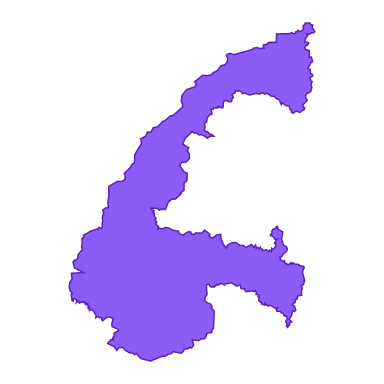 Chone, Manabi, Ecuador
{"feature_id": "8360857B73185000874563", "entity_name": "Chone", "entity_type": "district", "adm_level": 2, "iso_a3": "ECU", "parent_name": "Ecuador", "parent_adm1": "Manabi", "projection": "mercator", "projection_center": [-79.895, -0.383], "detail": "fine", "context": "isolated", "style": "filled", "palette": "violet", "viewbox_px": 384, "rotation_deg": 0, "n_neighbors": 0, "source": "geoboundaries", "source_scale": "gbopen_adm2", "svg_char_len": 5979}
<svg xmlns="http://www.w3.org/2000/svg" viewBox="0 0 384 384"><path d="M193.6,345.4L192.3,339.7L198.5,340.6L201.9,338.6L204.2,338.9L205.8,337.2L207.0,333.3L211.9,332.5L211.3,331.4L213.5,328.2L214.2,311.1L211.9,308.7L212.0,306.4L210.4,303.9L207.5,303.1L204.6,300.4L205.0,297.6L207.0,294.5L206.3,285.9L207.1,284.4L209.1,284.3L210.1,286.3L211.7,287.3L212.9,286.6L214.3,287.1L216.4,284.5L216.8,285.2L218.6,284.9L220.9,283.3L224.5,285.0L224.9,284.2L231.4,282.7L236.7,286.1L240.1,284.9L241.0,288.5L244.3,288.9L245.8,291.6L252.6,290.9L254.7,291.7L255.6,290.8L256.7,292.6L256.0,294.5L258.9,295.0L259.2,296.0L258.1,296.9L258.9,297.6L258.8,300.6L260.4,302.3L261.3,302.0L261.6,304.0L264.0,304.8L264.9,303.4L265.3,305.1L266.6,304.6L268.4,306.1L270.6,305.2L275.6,308.5L277.7,308.1L276.4,309.7L276.8,311.3L280.4,311.4L281.1,312.7L283.4,313.7L284.4,316.0L286.7,316.2L287.3,318.4L285.6,321.9L287.0,323.5L286.4,326.2L287.7,327.4L288.2,325.9L289.4,325.5L289.8,322.7L291.7,322.1L289.0,319.2L291.5,315.9L292.4,310.9L294.5,311.5L295.8,310.2L294.5,306.1L292.5,305.3L292.5,304.4L295.1,302.3L295.6,299.7L297.3,298.8L297.4,296.1L301.7,295.2L301.4,290.3L302.2,288.6L301.4,286.2L303.6,284.2L304.6,280.3L302.6,272.8L302.8,270.3L304.3,267.6L303.5,266.3L301.0,266.1L297.7,264.2L294.4,264.2L293.6,262.8L291.5,264.2L291.0,262.6L288.6,264.9L284.9,262.9L284.5,260.7L283.3,261.4L280.6,259.8L279.9,257.3L281.9,256.4L282.8,254.3L286.6,251.3L287.4,248.8L286.4,246.8L283.4,245.0L281.5,239.2L282.8,231.9L277.9,229.3L277.5,226.4L276.2,226.7L275.9,228.2L272.7,229.4L271.8,231.4L272.0,233.6L270.5,234.3L270.6,235.8L271.8,235.7L273.9,237.4L275.1,239.5L277.3,239.1L274.5,243.2L275.8,243.8L275.2,247.2L272.8,249.5L271.7,248.4L271.3,251.7L269.6,250.2L268.6,251.5L266.4,249.7L263.8,250.5L262.4,250.1L262.1,249.0L260.8,249.0L260.3,247.2L259.3,248.5L257.2,247.3L256.3,248.4L255.6,245.0L253.7,247.2L251.5,244.4L246.0,247.5L243.1,245.4L240.1,245.5L235.8,242.5L232.1,242.7L227.6,245.0L226.2,248.0L223.2,244.2L220.7,237.5L220.7,234.5L217.2,234.6L212.0,238.2L209.3,236.0L209.9,234.7L208.2,232.8L204.5,230.2L201.8,233.1L195.5,232.9L194.3,234.5L191.6,234.2L190.7,232.1L188.9,231.4L183.0,235.1L179.3,233.7L178.6,231.2L173.1,230.3L168.8,228.1L165.4,227.5L162.3,228.9L159.0,228.1L158.0,228.7L158.5,226.5L155.6,224.1L156.8,222.2L155.1,219.8L156.1,218.2L154.7,217.1L154.2,213.0L152.7,212.5L154.0,210.8L151.7,209.6L150.9,208.2L157.7,208.5L159.1,210.2L160.2,209.4L161.8,209.8L162.7,208.9L165.4,209.6L168.7,201.1L169.6,201.3L171.5,199.1L175.3,199.1L181.3,193.5L180.6,192.8L184.0,190.3L184.1,183.1L186.9,180.7L187.2,173.3L184.1,171.9L180.1,166.2L180.1,164.7L181.6,162.2L185.1,162.4L187.4,160.8L189.3,158.7L189.5,154.2L187.3,151.0L188.7,147.9L182.7,144.0L185.2,138.4L192.2,131.6L194.2,133.2L196.2,132.8L199.0,135.0L200.9,134.6L204.2,135.9L207.3,138.2L210.5,136.2L213.8,136.2L211.5,134.3L209.9,134.2L207.5,131.6L205.1,131.3L204.4,129.3L205.1,127.6L204.6,124.0L205.2,122.4L206.6,122.1L207.2,117.7L210.1,114.6L211.7,114.4L211.9,112.4L210.7,109.4L213.1,109.3L213.6,107.8L216.9,108.1L217.3,107.2L218.3,107.5L218.3,106.4L221.2,107.8L223.0,107.6L223.5,101.8L225.6,100.2L229.3,101.9L231.6,101.5L232.1,98.7L233.3,97.7L231.9,94.7L235.1,92.8L235.4,90.7L238.4,91.2L239.0,90.5L241.6,91.9L242.7,93.7L244.2,92.8L249.5,95.0L255.8,93.5L259.6,94.0L262.5,92.7L264.8,94.2L265.7,93.4L267.9,93.6L271.1,96.1L274.5,96.5L276.9,99.0L278.8,99.2L281.3,104.5L282.2,102.8L286.3,105.8L289.0,105.8L290.1,109.5L291.6,110.0L291.3,111.9L292.8,113.3L296.2,111.1L300.1,112.4L302.6,110.1L303.8,110.1L304.7,107.7L303.4,107.0L302.9,104.9L307.3,100.2L305.9,98.4L305.6,94.4L310.7,91.6L311.9,87.3L310.9,85.1L312.1,81.6L310.8,81.1L309.9,77.8L312.8,75.9L312.4,74.4L310.3,73.4L310.4,69.7L307.9,68.3L311.1,62.6L312.7,61.5L311.3,57.0L309.3,57.4L309.4,50.6L305.7,49.7L304.7,47.6L305.2,46.0L307.1,45.4L308.6,43.4L308.3,42.5L304.6,41.9L305.3,38.8L307.7,35.8L306.4,34.0L309.8,34.2L311.5,32.7L313.7,32.8L314.8,31.4L312.2,27.7L312.7,25.1L310.8,24.5L309.8,23.0L305.1,23.1L304.8,24.8L303.0,25.7L303.5,28.7L302.5,30.4L299.7,31.5L297.9,30.3L297.0,31.7L295.9,31.7L295.4,33.4L293.3,33.6L291.6,32.6L289.8,33.6L276.5,34.0L276.3,42.3L268.5,42.4L267.2,44.2L263.4,45.0L263.1,46.1L264.2,48.2L259.2,48.4L257.1,47.5L253.7,48.2L252.1,49.7L234.0,54.6L229.9,53.4L226.9,54.5L226.3,55.4L227.9,58.6L226.9,62.5L224.8,64.8L220.9,65.8L216.9,70.9L213.0,72.8L211.3,74.8L207.8,75.7L202.8,75.2L194.8,81.6L196.2,84.8L194.8,86.9L186.7,89.5L182.0,95.4L181.2,101.3L182.6,104.0L182.5,107.1L173.3,115.3L170.1,116.0L164.7,121.0L162.8,121.3L157.7,126.9L153.4,127.5L150.8,132.2L147.4,132.0L145.6,136.2L140.9,138.7L141.4,143.6L134.9,154.3L134.4,162.8L131.6,164.7L130.9,166.9L124.3,173.3L125.3,176.2L124.8,179.7L121.9,181.5L117.4,181.4L108.7,186.4L108.9,194.4L107.8,202.8L108.5,207.5L107.9,208.1L106.2,207.6L102.8,210.0L103.6,212.4L102.2,217.9L102.9,220.8L102.1,222.9L102.3,227.7L101.1,228.4L98.8,227.4L97.6,229.5L96.7,229.1L90.8,231.1L83.5,235.3L83.8,236.9L81.8,239.0L82.3,243.3L81.6,246.4L82.4,249.5L78.3,254.3L77.5,258.8L75.1,260.5L74.3,260.1L73.0,262.0L74.5,267.9L83.4,272.5L71.4,273.3L72.0,279.1L69.8,282.2L69.2,286.3L69.9,290.3L72.2,293.4L71.2,294.7L72.1,300.7L73.2,301.1L73.2,299.1L74.2,298.5L76.7,300.4L76.3,302.6L77.7,301.2L78.3,302.0L79.2,301.7L79.5,303.0L82.9,301.5L83.3,302.5L85.1,302.3L85.1,303.9L86.2,303.3L86.3,304.7L87.7,303.8L87.8,305.5L88.9,306.3L88.0,307.3L89.0,307.6L88.4,308.4L89.6,308.6L89.4,310.5L91.5,309.7L93.1,310.3L96.1,315.7L95.8,317.8L97.6,316.5L99.7,317.7L102.0,317.7L101.7,319.8L102.6,320.8L107.4,316.8L110.7,317.2L113.2,319.3L111.7,323.8L112.2,326.7L118.2,329.3L118.2,331.1L114.3,332.7L114.3,335.6L112.7,338.0L113.5,340.1L110.7,339.6L110.0,341.1L108.7,341.8L107.6,343.5L114.0,346.5L116.9,350.5L119.0,347.6L123.1,347.6L125.3,350.3L130.0,353.1L131.6,352.5L134.8,354.7L136.4,353.4L140.8,358.5L150.4,361.0L162.9,356.0L165.0,356.4L168.5,354.1L171.1,353.7L173.2,351.7L181.3,353.2L183.8,350.8L184.1,349.0L187.9,348.8L189.6,347.3L191.5,348.0L193.6,345.4Z" fill="#8b5cf6" stroke="#5b21b6" stroke-width="1.5"/></svg>